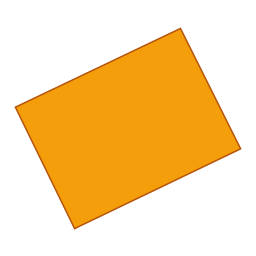 Hooker, Nebraska, United States of America (Robinson projection), rotated 334°
{"feature_id": "52423323B60730301974772", "entity_name": "Hooker", "entity_type": "district", "adm_level": 2, "iso_a3": "USA", "parent_name": "United States of America", "parent_adm1": "Nebraska", "projection": "robinson", "projection_center": [-101.132, 41.916], "detail": "fine", "context": "isolated", "style": "filled", "palette": "amber", "viewbox_px": 256, "rotation_deg": 334, "n_neighbors": 0, "source": "geoboundaries", "source_scale": "gbopen_adm2", "svg_char_len": 238}
<svg xmlns="http://www.w3.org/2000/svg" viewBox="0 0 256 256"><g transform="rotate(334 128 128)"><path d="M220.1,196.1L218.8,61.5L35.9,59.9L35.9,195.1L42.1,195.0L220.1,196.1Z" fill="#f59e0b" stroke="#b45309" stroke-width="1.5"/></g></svg>